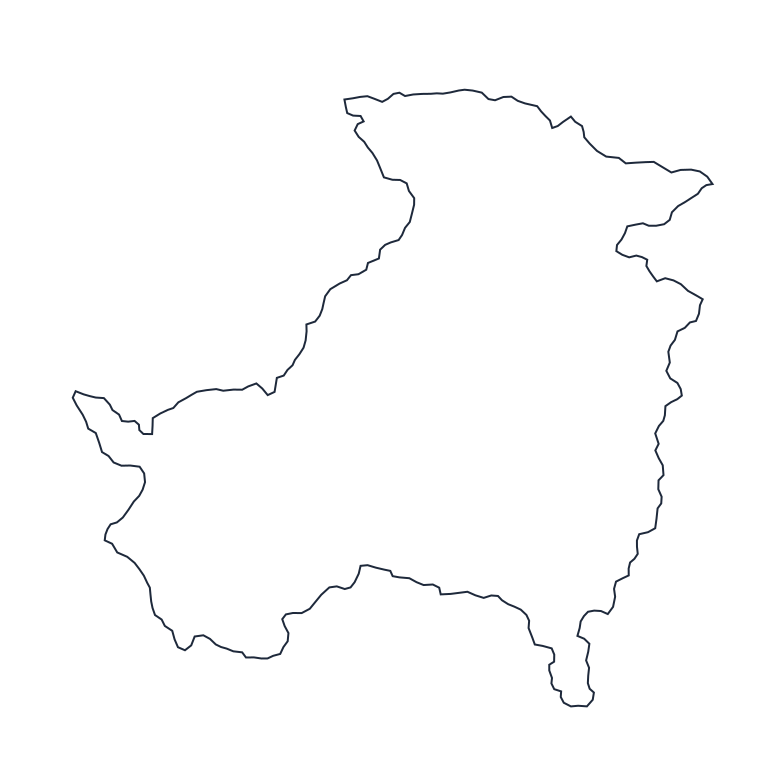 Resende Costa, Minas Gerais, Brazil (orthographic projection), rotated 96°
{"feature_id": "56859067B27120109396475", "entity_name": "Resende Costa", "entity_type": "district", "adm_level": 2, "iso_a3": "BRA", "parent_name": "Brazil", "parent_adm1": "Minas Gerais", "projection": "orthographic", "projection_center": [-44.289, -20.864], "detail": "fine", "context": "isolated", "style": "outline", "palette": "slate", "viewbox_px": 768, "rotation_deg": 96, "n_neighbors": 0, "source": "geoboundaries", "source_scale": "gbopen_adm2", "svg_char_len": 4407}
<svg xmlns="http://www.w3.org/2000/svg" viewBox="0 0 768 768"><g transform="rotate(96 384 384)"><path d="M667.3,561.4L669.6,554.1L664.1,548.4L654.9,545.9L652.8,537.4L655.7,530.4L660.6,524.1L662.6,518.6L663.6,512.8L665.6,505.9L665.7,497.0L670.4,492.7L669.5,484.7L669.8,477.1L669.1,471.1L665.9,465.8L663.3,459.0L656.1,456.5L649.9,452.9L641.7,453.0L635.1,457.5L628.5,460.6L623.4,457.5L621.3,450.8L620.4,441.9L615.3,434.3L608.1,429.6L600.2,424.4L592.0,417.1L590.2,409.8L592.0,401.6L589.8,396.0L584.2,392.5L575.3,389.3L567.3,388.3L565.9,381.4L567.5,372.9L568.6,364.2L569.2,358.2L574.2,355.3L574.7,348.4L574.5,338.5L577.7,330.9L579.8,323.6L578.3,314.5L580.8,307.8L587.3,305.6L585.8,295.8L583.8,287.3L581.9,279.3L584.6,271.0L586.3,262.5L583.1,255.2L582.9,248.5L586.7,244.1L590.0,237.5L591.8,231.1L594.1,224.4L598.8,218.2L604.3,214.9L611.6,214.7L620.9,209.9L627.3,206.8L627.9,198.8L629.4,189.6L635.3,186.4L642.4,185.8L645.9,190.3L651.6,189.7L658.8,186.2L664.3,186.2L669.7,182.8L671.2,175.7L676.8,175.5L682.2,171.9L685.1,164.4L683.7,157.3L683.4,148.5L676.2,143.4L668.9,143.0L665.6,147.6L660.2,150.0L652.8,150.4L644.8,150.4L637.8,154.1L628.9,152.9L620.9,152.6L616.4,158.3L614.3,165.3L606.2,163.9L599.6,163.6L593.9,160.9L589.2,157.3L587.4,151.3L587.1,144.5L589.4,137.4L581.7,132.9L571.4,131.9L563.7,133.8L556.3,132.6L552.1,126.1L548.8,120.6L542.0,121.4L535.8,120.6L531.7,116.7L526.4,113.9L519.4,115.4L513.2,116.1L506.7,114.5L503.8,106.0L499.1,99.2L489.5,98.9L479.1,98.9L473.8,95.8L467.1,96.1L460.0,100.2L451.1,100.9L445.4,96.5L435.7,98.3L429.1,103.0L421.7,107.2L414.8,104.6L404.8,109.1L397.0,106.2L391.5,102.4L385.8,101.4L376.6,101.8L372.0,96.5L368.4,90.7L364.4,86.6L358.0,88.4L352.3,92.3L348.5,99.9L341.4,104.6L332.8,102.0L322.2,104.6L315.8,103.0L309.7,99.3L301.0,97.6L296.7,90.7L290.8,86.2L288.7,80.3L281.2,78.1L272.6,78.0L266.4,75.9L263.7,81.8L259.6,91.4L253.7,99.2L250.7,106.9L249.4,115.4L253.4,123.4L249.0,127.5L244.2,131.7L239.2,135.4L232.9,135.2L230.8,140.8L229.9,146.5L232.4,153.4L230.6,160.5L227.6,166.8L221.4,166.8L215.5,162.9L208.7,160.1L201.8,158.5L199.2,150.4L197.1,143.3L198.9,137.3L198.2,130.0L195.8,122.1L190.9,117.0L183.1,115.6L176.3,110.1L171.5,103.5L166.8,97.7L162.0,91.7L156.1,88.5L152.5,84.2L150.8,78.2L144.0,84.2L139.6,92.1L138.7,101.0L140.1,111.4L143.6,120.3L138.7,130.8L134.9,138.9L136.0,147.0L137.6,157.0L139.3,166.6L134.6,174.1L134.6,186.8L129.9,196.6L123.4,204.6L117.7,210.6L112.4,211.8L106.8,214.0L103.2,221.3L98.5,226.1L104.7,233.4L109.3,238.2L111.8,243.5L104.6,246.5L100.5,251.6L96.4,256.3L91.7,260.7L90.2,273.1L88.4,280.6L84.9,287.3L86.1,295.3L90.2,303.2L89.7,309.9L84.0,317.2L82.9,326.5L82.9,334.6L84.3,340.3L87.1,348.5L89.1,355.8L89.4,361.9L90.5,367.8L91.5,376.3L93.0,385.2L95.4,393.2L92.7,399.1L94.5,404.9L100.0,410.0L103.6,415.3L101.3,423.6L99.5,430.6L101.0,437.8L103.1,444.8L105.2,453.1L112.5,450.9L118.4,448.9L120.3,442.8L119.9,435.3L125.0,431.7L128.3,437.3L135.0,439.7L140.9,435.0L145.2,429.0L150.5,424.8L155.4,419.7L162.4,414.3L170.0,410.2L178.5,405.7L180.0,397.0L179.4,389.3L182.1,382.4L189.4,379.4L196.0,373.4L202.6,372.8L212.1,374.1L220.2,375.3L226.5,379.4L233.9,381.6L239.3,384.5L242.5,392.1L245.5,397.4L250.8,401.9L259.7,402.2L265.3,412.6L272.2,413.6L277.5,420.9L279.2,428.2L284.7,431.7L288.7,438.6L295.3,447.3L302.9,451.7L310.3,452.6L315.9,453.2L322.8,455.1L329.1,459.0L332.9,467.4L339.7,466.5L348.8,466.5L356.3,467.8L363.1,471.2L369.3,475.1L374.9,476.9L380.0,481.4L386.1,484.6L389.1,491.2L396.4,491.6L403.3,492.0L407.2,498.5L401.2,504.6L396.8,511.0L400.6,518.8L404.5,524.4L405.3,533.1L407.5,543.2L406.6,550.3L408.7,560.0L411.3,569.3L414.9,574.3L418.7,579.3L423.7,586.6L429.9,591.0L432.3,596.2L436.7,603.4L442.1,610.4L449.8,609.8L458.0,609.4L458.9,618.0L455.4,622.5L450.1,623.5L446.8,628.2L448.2,634.5L448.2,640.8L442.1,644.3L438.3,651.3L433.2,654.5L427.3,661.1L427.6,669.3L426.8,675.3L425.7,681.6L423.4,689.9L430.2,692.1L437.4,687.4L446.1,680.4L452.7,676.3L459.3,673.5L462.9,665.5L472.3,661.1L481.2,657.3L484.4,650.4L490.3,644.7L492.7,636.5L491.6,627.9L491.8,618.4L498.0,613.2L506.6,611.4L514.3,613.0L520.9,615.8L527.0,620.5L535.8,625.0L544.1,629.8L549.6,635.2L552.1,641.2L557.2,643.8L562.8,645.3L568.7,645.4L571.3,637.7L579.4,631.7L582.7,621.3L588.0,613.3L593.6,608.0L599.7,602.8L606.5,598.7L611.0,595.6L617.5,594.3L624.6,592.8L630.9,590.8L637.7,587.6L641.5,580.5L647.5,576.7L651.6,568.8L659.8,565.6L667.3,561.4Z" fill="none" stroke="#1e293b" stroke-width="2"/></g></svg>